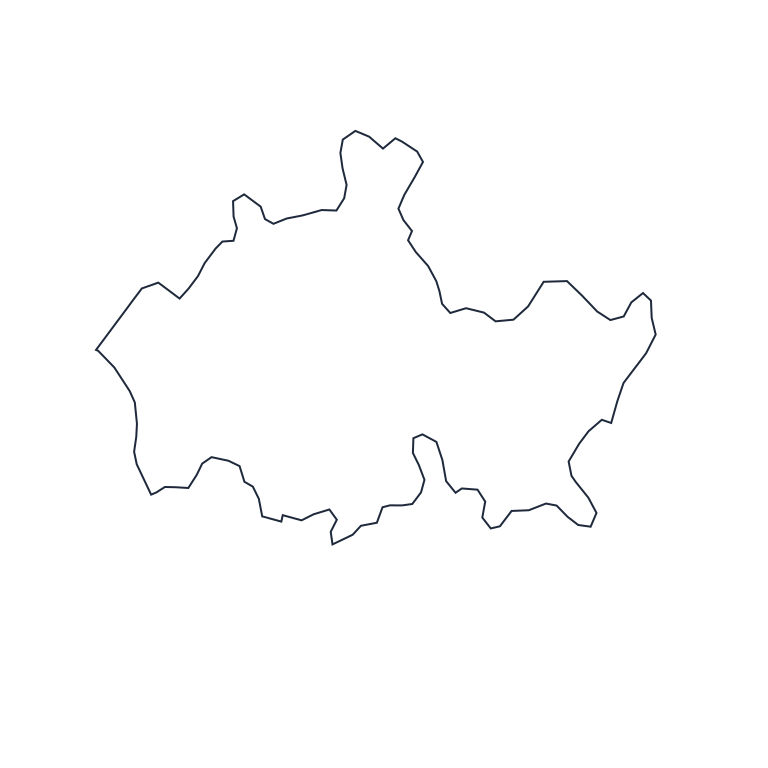 Mungyeong-si, North Gyeongsang, South Korea (orthographic projection), rotated 217°
{"feature_id": "91817680B43065782555772", "entity_name": "Mungyeong-si", "entity_type": "district", "adm_level": 2, "iso_a3": "KOR", "parent_name": "South Korea", "parent_adm1": "North Gyeongsang", "projection": "orthographic", "projection_center": [128.138, 36.686], "detail": "fine", "context": "isolated", "style": "outline", "palette": "slate", "viewbox_px": 768, "rotation_deg": 217, "n_neighbors": 0, "source": "geoboundaries", "source_scale": "gbopen_adm2", "svg_char_len": 1858}
<svg xmlns="http://www.w3.org/2000/svg" viewBox="0 0 768 768"><g transform="rotate(217 384 384)"><path d="M328.6,224.9L318.3,244.8L317.1,256.9L306.2,268.9L311.0,284.7L306.2,290.7L296.5,297.9L289.2,305.2L289.2,319.7L294.0,331.8L307.3,340.2L319.4,346.3L327.9,358.4L323.0,366.9L307.3,369.3L291.6,358.4L275.9,343.8L261.4,340.2L259.0,347.4L245.7,355.9L232.4,351.0L225.1,336.5L211.8,332.9L205.8,340.1L205.7,359.4L192.4,370.3L182.7,386.0L173.0,390.8L157.3,388.4L144.0,388.3L133.1,394.4L136.7,408.9L152.4,416.2L171.7,421.1L179.0,423.5L189.9,433.2L192.2,453.8L192.2,469.5L188.5,486.5L179.1,489.6L187.3,510.7L193.3,528.9L193.3,541.0L193.2,555.5L193.2,566.4L196.8,587.0L210.1,598.0L221.0,611.3L231.9,612.5L235.6,598.0L233.2,582.2L241.7,571.3L257.4,570.2L279.2,573.8L299.8,576.3L318.0,561.7L315.6,532.7L319.3,513.3L332.6,501.2L347.1,501.2L364.1,493.9L373.8,480.6L385.9,483.0L395.6,491.5L404.1,497.6L419.8,504.8L438.0,508.5L451.3,513.3L453.7,523.0L467.1,526.6L478.0,532.7L481.6,547.2L484.0,567.8L486.5,584.8L497.4,589.6L515.6,588.4L522.8,587.1L526.5,571.4L537.5,572.1L544.6,572.6L559.2,568.9L564.0,554.4L557.9,542.3L547.0,531.4L533.7,520.5L527.6,508.4L526.4,493.9L538.5,485.4L550.5,469.6L561.4,457.5L568.7,445.4L578.3,444.1L589.2,451.4L609.8,451.3L614.6,439.2L604.9,427.2L595.2,419.9L590.4,407.8L598.8,400.5L600.0,390.9L600.0,372.7L597.5,358.2L597.5,342.5L598.7,329.2L613.2,329.2L625.3,329.1L634.9,314.6L634.9,304.9L634.9,298.9L634.8,290.4L634.5,237.9L632.3,238.5L609.3,234.9L582.8,225.3L571.9,219.3L557.4,203.6L550.1,192.8L542.8,179.5L533.2,171.1L503.4,155.5L500.6,160.3L497.0,169.9L488.5,176.0L477.7,183.2L478.9,198.9L481.3,211.0L477.7,221.8L462.0,229.1L449.9,231.5L436.6,221.9L427.0,223.1L414.9,217.0L401.6,205.0L383.2,212.3L385.9,218.3L367.8,225.5L361.8,237.6L352.1,250.9L340.0,247.2L337.6,233.9L328.6,224.9Z" fill="none" stroke="#1e293b" stroke-width="2"/></g></svg>